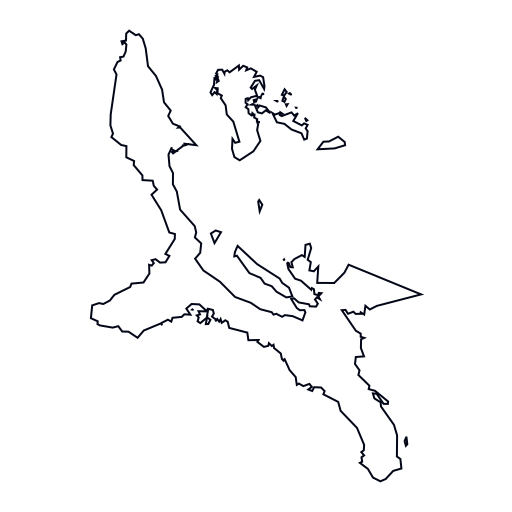 Quezon, Quezon, Philippines (orthographic projection)
{"feature_id": "2640588B64856500371355", "entity_name": "Quezon", "entity_type": "district", "adm_level": 2, "iso_a3": "PHL", "parent_name": "Philippines", "parent_adm1": "Quezon", "projection": "orthographic", "projection_center": [122.074, 14.189], "detail": "fine", "context": "isolated", "style": "outline", "palette": "ink", "viewbox_px": 512, "rotation_deg": 0, "n_neighbors": 0, "source": "geoboundaries", "source_scale": "gbopen_adm2", "svg_char_len": 6046}
<svg xmlns="http://www.w3.org/2000/svg" viewBox="0 0 512 512"><path d="M116.5,74.5L110.7,114.4L110.4,125.4L113.0,133.6L111.4,137.1L121.2,145.0L126.4,146.1L126.3,157.3L134.1,161.0L133.7,165.1L142.4,175.4L142.5,180.1L152.7,180.7L153.8,185.8L157.1,189.6L151.5,194.7L161.2,210.2L169.3,232.5L174.9,234.0L174.8,238.9L165.4,253.9L169.4,255.9L165.5,262.3L160.0,262.6L155.6,259.2L151.7,260.2L153.8,263.1L151.7,265.6L149.1,264.8L149.4,273.5L143.5,282.5L131.5,283.6L130.2,287.0L114.4,294.8L109.9,300.5L103.3,304.0L99.0,303.1L92.2,305.4L90.9,318.2L97.7,321.3L97.5,324.1L99.8,325.4L112.7,327.6L118.3,326.2L122.2,331.5L128.5,331.7L137.6,337.8L143.8,330.5L161.1,323.3L162.0,325.3L161.4,323.0L167.9,319.7L171.3,321.6L172.5,317.8L181.7,316.9L184.4,314.3L190.4,314.7L186.3,308.6L191.6,304.0L199.4,304.4L206.6,311.0L207.8,308.7L212.9,310.0L213.8,313.5L212.0,316.6L216.1,319.7L215.4,321.4L217.2,319.0L219.2,321.6L220.6,319.1L221.7,322.8L225.3,320.3L227.7,321.7L229.2,327.9L247.3,332.6L248.4,340.2L258.5,340.0L257.4,341.9L263.9,346.9L268.3,345.8L268.9,343.2L271.8,346.0L273.5,344.8L274.1,348.1L280.8,353.5L281.9,359.0L283.5,360.6L284.1,359.4L284.6,359.1L289.6,370.1L295.7,377.1L296.8,384.9L298.9,383.6L303.4,386.1L309.4,383.9L311.8,386.9L308.3,389.5L312.2,391.0L314.2,387.2L321.1,387.5L324.6,391.1L323.4,394.3L338.2,401.9L340.6,410.8L357.0,427.9L364.1,444.8L363.8,450.3L361.3,452.1L364.1,455.4L361.5,457.3L362.2,461.7L359.9,462.9L367.9,468.9L373.0,477.6L380.4,481.3L385.7,479.0L393.2,470.9L401.4,468.5L400.4,459.0L396.9,456.5L397.1,435.4L394.0,424.9L381.0,406.5L380.6,402.3L374.4,398.4L372.9,393.4L376.7,393.8L383.6,403.9L387.9,403.9L388.1,401.5L375.0,390.8L368.7,389.1L369.4,385.7L358.4,375.0L359.5,370.3L355.0,364.0L355.8,357.0L364.0,356.4L360.9,348.1L361.1,339.3L364.2,337.9L360.7,336.8L360.7,333.6L355.9,330.8L341.8,310.2L345.5,309.9L348.0,313.8L353.4,311.7L355.6,313.9L361.0,313.8L360.5,313.1L360.7,312.3L364.2,314.5L365.4,305.8L369.8,309.5L376.8,305.9L421.1,294.4L348.6,264.7L344.4,272.7L334.2,283.0L317.2,282.9L318.3,266.5L313.8,271.3L309.4,270.4L310.8,262.1L307.7,259.8L311.2,248.0L309.8,243.7L305.5,244.9L304.7,256.9L301.9,255.1L294.5,259.0L291.4,262.2L292.8,267.3L290.3,267.1L288.7,263.1L287.8,262.7L287.2,263.4L288.4,269.0L295.1,278.7L301.0,280.7L311.3,289.8L311.9,288.1L313.9,289.2L314.4,294.1L318.0,295.2L318.8,292.9L321.4,293.2L318.4,296.4L319.9,299.2L316.8,297.4L315.0,299.5L317.8,303.7L316.1,306.6L309.8,306.3L309.0,304.3L298.7,302.4L294.1,298.4L291.2,299.0L296.8,308.0L299.8,310.2L304.4,310.1L305.4,312.3L302.5,320.4L292.8,316.2L285.0,315.1L282.1,316.8L276.3,313.8L273.5,314.6L271.7,312.2L260.2,309.2L250.8,302.8L235.1,297.0L219.9,281.7L203.4,270.5L195.1,258.7L200.2,252.8L201.2,243.4L194.9,237.5L196.2,232.4L194.7,226.1L180.1,209.6L176.8,191.5L172.9,184.3L173.0,173.1L169.5,166.2L168.5,154.6L171.9,147.2L171.2,149.2L175.7,151.3L171.9,152.0L173.1,153.4L182.9,146.0L182.1,145.2L183.4,145.6L185.8,145.1L186.7,144.8L187.0,144.4L184.4,145.0L184.4,143.7L196.3,145.2L180.2,127.5L178.3,127.6L179.6,126.4L172.9,123.7L168.2,116.0L170.7,110.6L164.0,102.3L162.1,89.7L156.0,76.0L148.0,66.2L145.7,48.4L142.8,38.7L138.9,34.2L135.8,35.2L129.1,30.7L126.2,33.6L126.0,40.5L121.5,41.3L122.4,44.1L124.6,42.4L126.4,44.6L125.7,51.5L123.5,56.6L120.1,57.2L120.6,60.5L117.5,62.0L113.9,69.4L116.5,74.5ZM238.9,65.5L229.6,72.3L227.3,70.3L224.6,71.8L224.4,73.7L222.2,69.7L218.1,69.8L216.1,73.5L217.4,74.2L217.0,76.0L217.8,76.6L217.8,77.1L216.4,75.6L215.9,75.8L217.3,77.6L217.2,79.0L218.0,79.1L218.7,80.9L217.0,82.1L217.6,79.5L215.5,79.6L217.0,77.7L214.5,77.8L214.0,84.7L210.5,92.4L212.2,95.1L214.6,92.1L216.7,94.1L217.3,90.1L215.2,88.0L217.7,88.3L217.5,93.3L221.8,95.5L220.8,98.2L225.6,105.3L226.8,114.5L233.3,121.6L239.4,141.7L235.2,142.8L232.5,138.9L232.0,148.8L234.4,157.1L239.7,160.3L253.4,151.3L260.4,140.9L257.1,130.1L258.1,124.5L256.8,121.1L257.2,119.2L254.2,117.5L254.5,114.9L251.7,115.5L248.6,113.2L248.4,109.2L245.7,107.2L247.6,104.3L245.6,102.8L245.7,98.9L247.8,98.2L248.2,100.2L250.9,97.3L257.1,95.7L254.9,89.7L256.7,85.5L252.1,89.0L250.7,87.6L255.0,80.8L259.2,80.2L264.1,89.0L264.5,86.2L263.1,77.2L260.1,75.6L254.0,76.9L256.7,71.8L250.8,68.4L246.2,70.3L247.2,67.4L243.2,65.8L239.1,69.7L238.9,65.5ZM237.6,245.9L234.9,252.2L234.3,256.4L236.9,255.7L249.4,273.1L260.6,277.9L264.6,283.6L271.7,286.2L276.5,291.7L286.3,297.4L292.4,296.4L289.0,287.7L282.2,282.9L279.7,278.6L257.1,264.1L237.6,245.9ZM291.5,112.4L281.7,116.1L279.9,115.1L279.1,113.1L275.0,114.6L272.4,113.0L276.9,122.3L284.5,123.9L291.5,129.5L301.5,133.3L304.2,139.6L306.9,138.6L307.6,131.2L305.7,128.4L307.6,124.9L304.1,123.4L301.8,125.4L293.3,121.0L297.9,113.2L294.2,115.6L291.5,112.4ZM338.2,136.7L328.9,141.5L323.4,141.7L317.6,149.3L334.7,148.4L345.1,145.2L344.7,142.0L338.2,136.7ZM205.8,311.4L198.5,311.2L200.0,314.4L196.8,315.4L198.7,317.5L197.6,321.3L200.3,323.1L207.0,317.5L205.8,324.1L208.3,324.0L210.4,319.8L206.8,317.2L207.9,311.1L205.8,311.4ZM215.7,230.5L210.9,233.5L214.5,243.1L221.0,232.2L215.7,230.5ZM257.5,105.1L255.4,106.5L257.8,112.3L261.9,113.4L265.7,110.4L270.4,113.1L265.9,107.4L259.7,105.5L258.2,107.4L257.5,105.1ZM406.4,436.7L404.6,441.2L405.9,445.8L407.3,444.2L406.4,436.7ZM259.2,200.0L258.2,201.6L259.7,211.3L262.3,204.7L259.2,200.0ZM283.8,96.6L282.4,100.8L284.4,101.9L285.8,99.1L283.8,96.6ZM286.7,92.0L284.6,89.3L281.9,94.8L284.2,95.5L286.7,92.0ZM256.9,99.2L253.7,100.1L254.1,102.0L255.9,101.7L256.9,99.2ZM282.3,113.6L280.3,112.3L280.0,114.4L282.3,113.6ZM307.4,120.3L304.9,117.9L306.3,121.0L307.4,120.3ZM291.6,94.9L289.8,93.1L289.0,93.6L291.6,94.9ZM253.7,114.3L252.4,113.1L252.1,114.9L253.7,114.3ZM255.4,104.9L252.8,104.0L251.5,104.6L255.4,104.9ZM287.6,104.2L285.9,104.3L286.6,105.9L287.6,104.2ZM278.2,101.0L276.4,101.0L277.2,101.5L278.2,101.0ZM260.6,98.2L260.9,96.8L258.6,97.3L260.6,98.2ZM258.9,121.9L257.0,121.4L258.9,122.1L258.9,121.9ZM264.0,93.9L262.4,93.7L262.0,94.5L264.0,93.9ZM193.0,308.9L192.2,309.6L192.7,309.7L193.0,308.9ZM297.5,107.8L296.0,107.7L296.1,107.9L297.5,107.8ZM284.1,259.4L283.8,259.7L284.6,260.6L284.1,259.4Z" fill="none" stroke="#020617" stroke-width="2"/></svg>